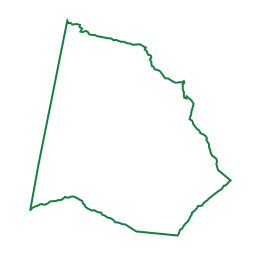 Carnaubeira da Penha, Pernambuco, Brazil, rotated 178°
{"feature_id": "56859067B83300695382888", "entity_name": "Carnaubeira da Penha", "entity_type": "district", "adm_level": 2, "iso_a3": "BRA", "parent_name": "Brazil", "parent_adm1": "Pernambuco", "projection": "orthographic", "projection_center": [-38.753, -8.428], "detail": "fine", "context": "isolated", "style": "outline", "palette": "green", "viewbox_px": 256, "rotation_deg": 178, "n_neighbors": 0, "source": "geoboundaries", "source_scale": "gbopen_adm2", "svg_char_len": 2147}
<svg xmlns="http://www.w3.org/2000/svg" viewBox="0 0 256 256"><g transform="rotate(178 128 128)"><path d="M184.9,237.2L194.5,197.0L203.4,159.0L204.7,153.7L218.6,95.1L228.7,48.8L227.0,51.0L224.9,52.3L223.0,52.9L221.0,53.5L218.8,54.7L217.0,55.1L214.6,54.2L212.7,54.6L211.0,55.3L209.5,56.5L207.7,57.5L205.3,57.5L202.8,57.5L199.9,58.4L197.6,58.3L195.4,59.6L193.3,61.3L191.5,60.6L189.4,60.5L187.3,61.4L184.6,61.4L181.6,59.8L178.6,57.9L176.4,56.7L175.6,54.0L174.2,53.1L173.5,51.0L171.6,49.3L169.6,48.2L167.1,46.8L164.5,47.0L161.7,45.2L159.8,44.6L158.0,44.5L156.8,42.3L154.2,41.2L151.6,39.2L149.4,38.7L146.4,37.1L144.1,34.3L140.5,33.7L137.9,32.5L136.1,31.9L134.0,31.7L127.5,27.2L123.2,24.3L117.9,23.6L82.1,18.8L80.7,21.3L79.6,24.4L77.6,25.4L74.9,29.4L71.5,32.6L69.7,35.4L68.5,37.7L67.3,39.2L67.1,41.2L64.7,42.7L63.0,44.3L61.8,45.6L60.8,47.5L58.6,47.7L56.7,47.9L54.5,50.8L50.9,53.3L49.9,54.5L46.9,56.6L42.5,59.9L39.6,61.9L36.6,63.6L35.3,65.5L34.1,67.1L32.2,67.2L29.2,70.5L27.3,72.0L39.5,82.9L40.2,85.7L41.0,89.1L40.2,90.8L40.7,94.0L43.3,96.4L45.1,97.5L46.4,101.1L46.6,103.3L47.7,105.7L47.5,108.7L48.8,111.0L50.1,113.4L49.5,115.2L50.9,117.5L52.7,118.8L56.0,120.4L56.3,122.0L57.7,123.7L59.2,124.8L61.0,127.3L62.8,129.9L63.1,131.7L63.8,133.3L66.1,134.5L65.4,137.0L64.4,139.1L64.2,141.4L63.6,143.5L62.5,146.9L61.6,149.9L63.7,153.5L66.7,156.0L68.4,157.6L68.9,155.6L70.7,156.3L71.1,158.6L70.9,161.5L72.0,165.5L71.7,167.6L72.0,169.6L70.2,171.1L70.6,172.9L72.7,171.8L75.5,171.9L77.4,171.6L79.3,171.7L83.7,174.3L85.7,176.0L89.1,176.4L90.4,178.2L91.8,180.4L94.1,183.7L96.8,185.2L99.0,185.5L100.0,186.8L100.3,188.4L101.9,189.0L102.4,191.0L102.3,193.2L103.8,195.8L102.2,197.5L102.8,199.8L105.2,200.4L106.2,202.8L106.9,204.4L108.6,206.0L107.4,207.7L113.2,211.2L116.2,211.2L119.9,210.9L122.8,212.3L125.9,212.7L127.8,213.8L129.4,214.4L132.0,214.4L135.0,215.6L136.6,216.4L139.4,216.3L141.7,218.1L143.9,218.2L153.0,220.3L156.0,221.0L157.9,222.2L159.9,222.0L163.5,223.0L165.1,225.7L166.8,226.5L170.1,225.4L172.2,226.0L170.3,229.0L172.9,230.5L172.4,232.6L175.7,233.7L180.0,233.3L181.7,235.0L183.8,234.9L184.9,237.2Z" fill="none" stroke="#15803d" stroke-width="2"/></g></svg>